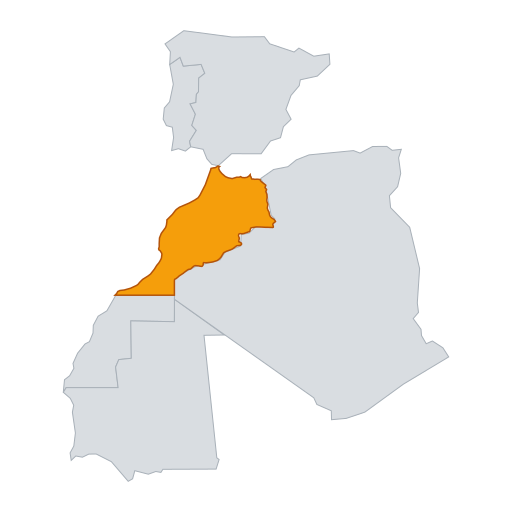 Morocco highlighted among its neighbors
{"feature_id": "MAR", "entity_name": "Morocco", "entity_type": "country or territory", "adm_level": 0, "iso_a3": "MAR", "parent_name": "Africa", "parent_adm1": "", "projection": "mercator", "projection_center": [-5.43, 31.798], "detail": "fine", "context": "with_neighbors", "style": "filled", "palette": "amber", "viewbox_px": 512, "rotation_deg": 0, "n_neighbors": 5, "source": "natural_earth", "source_scale": "50m", "svg_char_len": 4751}
<svg xmlns="http://www.w3.org/2000/svg" viewBox="0 0 512 512"><path d="M174.6,295.2L174.4,321.7L130.8,320.9L131.3,358.3L118.8,359.6L115.6,367.0L118.1,387.6L66.2,387.6L63.3,392.3L64.5,379.7L69.6,375.8L73.9,368.3L73.0,363.4L77.6,353.2L85.0,344.0L89.4,341.7L93.0,333.1L93.3,325.3L98.1,316.2L106.9,310.8L115.8,295.2L174.6,295.2Z" fill="#d9dde1" stroke="#a8b0b8" stroke-width="1"/><path d="M63.3,392.3L66.2,387.6L118.1,387.6L115.6,367.0L118.8,359.6L131.3,358.3L130.8,320.9L174.4,321.7L174.4,299.2L224.3,335.0L204.0,335.3L216.8,457.8L219.1,459.5L216.1,469.1L162.9,469.3L160.9,472.4L155.8,471.5L148.3,474.2L134.8,470.7L132.6,478.8L128.2,481.3L111.4,461.7L96.2,454.0L88.8,454.1L82.4,457.2L75.8,456.0L71.2,460.4L70.1,452.9L73.8,446.1L75.4,433.0L72.4,412.2L73.7,405.2L70.3,398.4L63.3,392.3Z" fill="#d9dde1" stroke="#a8b0b8" stroke-width="1"/><path d="M174.4,299.2L174.5,277.5L196.0,266.3L220.1,259.8L225.1,252.2L240.6,246.0L241.2,234.6L248.9,233.2L254.9,227.4L272.2,224.8L274.7,218.7L271.2,215.3L265.8,188.8L260.8,178.4L273.6,169.5L287.9,166.7L296.3,159.9L309.0,154.9L353.5,150.6L360.1,153.1L372.6,146.5L386.8,146.4L392.2,150.3L401.3,149.3L398.6,157.8L400.7,173.4L397.6,186.7L389.4,195.7L390.6,207.7L409.7,227.3L419.6,268.6L417.3,303.0L418.5,312.4L413.2,318.6L421.0,329.3L421.5,335.6L426.2,343.7L432.4,341.0L442.9,347.8L448.7,356.9L403.3,384.2L364.9,412.1L346.2,418.4L331.5,419.7L331.3,410.8L316.9,404.5L313.8,397.8L174.4,299.2Z" fill="#d9dde1" stroke="#a8b0b8" stroke-width="1"/><path d="M169.7,64.5L180.0,57.3L183.3,66.1L201.1,64.4L204.8,73.3L198.7,78.1L198.5,91.8L196.4,94.3L195.9,102.5L190.1,103.9L195.4,114.2L191.8,125.4L196.3,130.4L189.6,141.2L190.7,146.8L185.4,151.1L178.4,148.7L171.6,150.6L173.6,137.5L172.3,127.2L166.4,125.6L163.2,119.2L164.3,108.0L169.6,101.8L173.3,84.3L169.7,64.5Z" fill="#d9dde1" stroke="#a8b0b8" stroke-width="1"/><path d="M190.7,146.8L189.6,141.2L196.3,130.4L191.8,125.4L195.4,114.2L190.1,103.9L195.9,102.5L196.4,94.3L198.5,91.8L198.7,78.1L204.8,73.3L201.1,64.4L183.3,66.1L180.0,57.3L169.7,64.5L170.4,51.7L165.0,43.9L183.8,30.7L231.9,37.0L264.4,36.7L269.7,43.8L294.1,52.0L298.9,48.1L313.8,56.2L329.2,53.9L329.9,64.3L317.3,76.1L300.3,79.8L299.2,85.7L291.0,95.4L285.9,109.4L291.1,119.2L283.4,126.7L280.5,137.7L270.5,141.0L261.1,153.8L231.6,153.7L218.3,165.7L211.8,164.4L206.9,158.8L203.1,149.3L190.7,146.8Z" fill="#d9dde1" stroke="#a8b0b8" stroke-width="1"/><path d="M116.6,293.6L117.8,291.5L119.9,290.5L124.2,290.0L130.6,288.2L136.4,285.5L138.0,284.4L139.7,282.3L142.6,279.4L148.0,276.0L150.5,274.1L154.3,269.3L156.8,265.3L158.9,262.8L160.3,260.5L161.4,258.2L161.9,254.4L161.6,253.0L160.0,250.6L158.9,249.9L158.6,248.8L159.2,246.8L159.2,243.4L159.5,237.9L161.3,233.4L165.6,227.5L166.4,225.1L166.9,221.3L166.9,219.9L172.4,214.4L175.6,210.2L176.7,209.2L179.5,207.2L189.3,203.0L194.8,200.0L198.1,197.8L200.0,195.1L205.3,184.8L210.6,170.1L211.0,168.4L213.3,167.9L215.0,167.7L216.3,167.1L218.0,166.0L219.6,166.5L218.8,167.2L218.8,169.0L219.9,171.2L221.9,173.6L225.4,176.6L228.2,177.8L232.2,178.6L236.8,177.2L239.3,177.2L240.6,176.6L242.0,177.5L244.6,177.7L247.1,177.3L249.0,176.0L250.2,174.6L250.3,175.3L250.4,176.1L250.8,176.5L251.5,178.4L251.9,179.1L253.4,179.0L254.6,179.3L257.4,179.2L260.1,179.5L260.5,180.7L261.3,181.6L264.1,183.8L265.8,185.2L265.8,185.6L265.3,186.7L265.0,187.5L265.5,188.3L266.5,189.3L266.6,189.8L266.3,190.3L265.8,191.4L266.9,194.4L267.1,197.4L266.8,199.5L266.8,200.7L267.0,201.8L267.9,204.2L267.3,208.1L268.0,210.3L269.0,212.0L269.6,215.1L270.4,216.6L271.6,217.9L272.4,218.3L273.8,219.3L274.8,220.2L275.5,221.6L274.2,222.6L273.1,223.6L272.8,224.6L273.3,226.3L273.3,227.2L272.7,227.5L270.0,227.4L267.9,227.3L265.5,227.3L262.1,227.1L260.0,227.0L257.1,226.9L256.1,226.9L253.5,227.4L251.6,227.7L251.3,227.8L250.7,228.2L250.3,229.5L249.9,230.9L249.6,231.5L244.0,233.5L241.8,233.8L240.5,233.6L239.6,233.7L238.8,234.2L238.6,234.8L238.5,235.7L238.7,236.5L239.2,237.7L239.3,238.8L239.0,239.7L238.9,240.5L238.7,241.4L239.0,241.9L239.6,241.9L240.1,242.4L240.9,242.7L241.5,243.4L241.5,244.4L240.9,245.0L240.5,245.3L238.4,245.6L236.7,245.8L234.6,247.4L232.2,249.1L229.5,250.2L228.3,250.6L226.2,251.4L223.7,252.7L222.4,254.8L220.9,257.3L219.4,258.9L217.3,260.5L215.4,261.1L213.0,261.9L209.9,262.4L207.8,262.6L207.2,262.7L205.3,262.8L204.3,262.7L203.6,262.6L203.4,262.8L203.3,263.2L203.2,264.0L203.1,265.0L202.5,265.9L202.1,266.3L201.6,266.4L200.0,266.2L198.7,265.9L195.5,265.6L194.8,265.7L194.6,265.8L193.6,266.3L192.1,267.6L191.1,268.6L190.3,269.1L188.5,269.4L187.7,269.8L184.2,272.4L183.5,273.1L180.0,275.4L179.0,276.1L178.2,276.9L176.1,278.6L174.7,279.3L174.5,279.8L174.4,280.8L174.4,283.1L174.4,285.3L174.4,288.5L174.4,291.7L174.4,295.2L115.0,295.2L116.6,293.6Z" fill="#f59e0b" stroke="#b45309" stroke-width="1.5"/></svg>